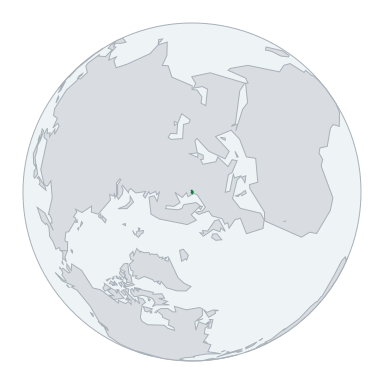 Taurages on an orthographic globe, rotated 235°
{"feature_id": "LTU-1073", "entity_name": "Taurages", "entity_type": "County", "adm_level": 1, "iso_a3": "LTU", "parent_name": "Lithuania", "parent_adm1": "", "projection": "orthographic", "projection_center": [22.565, 55.372], "detail": "fine", "context": "on_globe", "style": "filled", "palette": "green", "viewbox_px": 384, "rotation_deg": 235, "n_neighbors": 0, "source": "natural_earth", "source_scale": "10m", "svg_char_len": 11230}
<svg xmlns="http://www.w3.org/2000/svg" viewBox="0 0 384 384"><g transform="rotate(235 192 192)"><circle cx="192" cy="192" r="169" fill="#eef3f6" stroke="#a8b0b8"/><path d="M72.4,72.7L94.7,54.5L80.7,64.9L88.1,58.8L91.2,56.4L90.3,57.2L100.7,50.6L108.7,45.9L121.8,41.0L131.1,42.5L126.3,44.0L129.1,44.5L135.3,42.7L138.6,41.5L156.6,43.1L177.3,41.6L183.4,38.6L182.4,41.5L193.6,34.7L204.6,33.7L192.5,36.4L191.4,38.0L198.9,37.9L199.5,39.6L203.4,40.6L203.4,42.7L196.3,44.5L196.2,46.0L201.5,45.9L204.9,48.2L197.1,48.1L202.1,52.2L191.2,56.6L170.3,55.7L164.4,61.0L143.3,68.0L145.4,69.6L138.7,73.6L138.7,77.1L134.8,77.7L138.1,79.9L141.7,78.7L144.3,79.4L144.7,81.4L139.7,82.4L138.9,81.6L137.6,83.0L135.0,82.7L136.4,83.9L130.4,85.1L136.8,87.0L132.3,90.5L128.2,90.5L128.2,86.5L118.7,77.6L114.5,76.9L108.7,79.6L98.7,92.9L94.3,94.0L88.6,98.3L91.2,99.4L96.6,96.4L100.0,99.8L106.1,96.0L108.4,97.0L114.9,95.0L114.3,99.7L110.3,105.4L104.9,107.4L103.0,110.1L108.5,112.0L98.8,119.7L93.0,131.9L90.5,133.6L84.8,129.6L83.9,119.8L76.6,115.9L81.8,123.1L75.3,127.6L74.4,130.5L75.0,133.0L77.6,133.2L75.5,135.9L69.6,129.5L71.4,127.0L73.3,128.9L72.8,124.5L68.8,120.7L65.8,123.6L62.9,115.8L60.8,117.9L58.9,117.6L62.6,114.7L56.0,119.9L52.1,113.4L43.0,122.9L51.4,110.3L54.2,104.4L56.7,98.4L55.2,99.8L60.6,90.7L62.0,86.2L57.4,90.2L51.4,98.3L45.9,107.5L46.6,107.2L44.0,113.3L40.8,116.7L35.3,129.8L32.9,135.1L32.7,135.6L37.3,124.0L42.8,112.8L49.0,101.9L56.1,91.6L63.9,81.9L72.4,72.7ZM30.0,144.2L29.1,147.1L27.2,155.1L27.6,155.8L27.5,161.1L25.6,166.7L27.0,165.8L25.9,172.6L26.8,187.4L26.2,187.5L26.7,206.7L30.1,223.5L30.9,230.8L30.2,231.7L32.1,237.2L32.1,239.0L42.3,260.8L49.7,274.9L51.0,280.4L47.7,278.9L49.4,282.6L43.3,272.2L37.9,261.3L33.4,250.1L29.6,238.7L26.7,226.9L24.6,215.0L23.4,203.0L23.0,190.9L23.6,178.9L24.9,166.9L27.1,155.0L27.8,152.5L28.8,148.2L30.0,144.2ZM40.7,125.2L34.6,143.4L35.7,136.0L35.9,136.7L37.9,131.4L40.9,123.2L42.5,117.3L40.7,125.2ZM43.4,126.6L44.2,123.9L43.7,126.2L43.4,126.6ZM140.1,40.8L135.3,42.6L129.5,43.7L133.4,41.9L140.1,40.8ZM151.2,39.7L149.1,40.8L146.2,39.7L148.3,39.4L151.2,39.7ZM187.6,36.4L183.6,36.7L187.3,35.8L187.6,36.4ZM204.0,40.4L205.0,39.8L206.6,40.7L204.0,40.4ZM114.7,92.6L114.8,93.8L113.5,93.5L114.7,92.6ZM117.5,90.7L116.0,89.6L117.1,88.5L118.0,89.3L117.5,90.7ZM208.1,44.7L210.4,46.3L206.8,45.0L208.1,44.7ZM119.0,92.4L119.2,86.9L121.2,85.1L126.1,86.4L119.0,92.4ZM211.0,47.5L216.8,51.7L219.4,50.7L215.3,56.3L211.7,50.7L206.8,49.0L210.3,48.9L211.0,47.5ZM142.7,77.5L138.9,78.9L141.8,75.9L142.7,77.5ZM143.9,75.5L149.0,66.1L154.7,65.4L151.8,68.5L159.1,66.3L159.4,70.5L155.5,72.7L151.7,72.3L154.7,74.2L143.9,75.5ZM212.1,58.9L212.4,60.3L210.7,59.2L212.1,58.9ZM145.6,79.5L146.1,77.5L151.2,76.7L151.1,80.4L149.5,79.5L145.6,79.5ZM160.8,63.7L164.5,63.9L165.8,67.3L167.4,67.8L159.9,70.5L160.8,63.7ZM148.5,80.7L150.9,82.4L148.8,84.6L145.5,81.3L148.5,80.7ZM152.5,75.0L154.9,74.8L153.5,76.1L152.5,75.0ZM142.7,94.0L143.2,91.5L145.9,90.8L142.7,94.0ZM151.9,82.8L152.6,82.0L153.7,81.6L154.8,83.1L151.9,82.8ZM161.3,72.8L161.1,74.3L164.5,71.9L165.6,74.5L160.3,75.9L163.0,76.4L163.4,77.2L158.7,77.5L161.3,72.8ZM159.3,83.3L153.0,86.2L151.5,90.8L149.1,91.5L151.9,84.0L159.3,83.3ZM159.4,79.8L158.8,82.1L156.1,81.7L154.8,79.9L159.4,79.8ZM168.2,75.8L167.8,71.5L169.0,71.3L168.2,75.8ZM159.4,84.7L160.9,83.9L159.6,85.0L159.4,84.7ZM166.1,78.6L165.8,77.0L167.1,76.9L166.1,78.6ZM164.1,83.9L162.1,84.8L161.2,83.6L164.1,83.9ZM165.4,81.5L167.3,81.7L162.1,82.6L165.1,80.8L165.4,81.5ZM167.3,78.7L168.0,78.2L167.3,79.4L167.3,78.7ZM168.7,88.2L162.3,89.5L160.3,86.7L166.8,85.8L168.7,88.2ZM97.5,294.6L86.5,270.3L91.6,265.3L92.2,255.7L126.6,235.0L134.2,239.9L161.7,241.4L165.1,243.3L162.3,251.5L183.1,263.5L189.5,256.7L208.0,261.3L220.2,259.5L223.9,243.1L204.0,245.8L200.2,238.1L215.8,229.1L233.2,226.7L232.2,223.7L221.0,218.8L224.7,211.9L217.1,216.5L220.4,219.3L215.7,222.3L212.4,220.0L213.8,217.6L208.5,216.8L203.1,229.0L205.9,233.2L192.1,236.1L195.4,243.4L191.8,246.9L184.9,235.9L185.3,231.7L172.7,219.0L171.0,223.5L182.8,236.0L179.2,235.0L177.0,241.8L175.9,235.8L163.4,221.4L150.9,222.2L135.3,236.0L127.9,235.1L121.4,229.3L126.6,212.7L142.7,216.6L144.7,211.3L141.1,201.6L146.3,203.7L146.8,200.4L152.8,201.4L160.9,194.7L166.9,194.8L169.8,184.6L173.3,183.4L170.6,189.7L172.0,194.3L187.0,194.7L189.8,192.5L190.4,186.0L194.5,187.1L193.2,180.8L201.6,177.8L190.2,176.2L190.6,169.0L195.5,163.3L193.6,160.8L185.6,170.1L184.3,174.1L186.4,178.0L181.0,189.3L175.9,190.9L173.8,178.3L166.4,179.4L168.0,169.5L188.6,149.8L197.3,145.7L212.5,153.9L210.7,158.7L204.3,158.1L210.6,165.2L209.9,161.4L213.3,162.5L214.5,156.3L217.0,156.8L214.0,150.1L217.2,150.0L219.0,154.2L223.5,145.4L230.0,143.7L229.8,141.5L227.8,139.6L237.3,139.0L236.8,137.4L233.5,137.0L230.2,133.6L228.3,127.6L231.7,127.7L232.8,129.9L240.4,134.9L243.0,140.9L244.2,140.4L242.7,135.2L233.5,129.1L231.4,125.5L236.0,127.7L234.2,126.6L234.2,124.8L237.3,123.3L232.3,120.6L227.6,102.4L233.3,98.0L238.0,101.7L238.3,90.1L244.7,86.7L241.6,86.2L239.7,80.7L237.6,81.7L236.0,81.1L230.2,68.3L231.4,65.6L225.4,60.2L223.8,60.0L222.6,61.6L215.3,56.3L219.4,50.7L222.8,51.3L223.1,47.7L230.8,49.7L237.2,49.9L245.4,54.7L249.8,54.8L249.4,53.4L255.1,52.6L268.2,56.4L259.3,59.4L240.0,56.4L248.1,57.9L246.8,59.5L250.0,61.4L255.6,62.5L255.9,61.4L267.6,74.3L282.1,82.8L279.8,76.8L282.7,75.1L297.2,81.0L317.5,103.0L321.5,102.1L324.6,104.5L327.3,110.2L322.9,106.9L322.0,109.7L319.1,107.2L322.1,115.7L318.0,112.5L322.3,121.0L325.3,121.4L324.2,114.8L329.6,124.0L333.9,122.4L339.0,127.2L347.5,147.4L349.2,161.0L350.3,163.4L348.6,165.6L349.9,174.8L356.1,177.3L357.2,180.6L357.7,195.4L357.0,193.3L352.5,198.9L354.3,208.3L357.8,205.8L359.1,210.0L357.6,214.3L355.9,211.0L354.3,212.8L352.8,205.5L347.8,199.4L346.1,207.6L344.4,203.3L337.3,201.1L333.8,212.7L329.4,237.0L331.9,248.6L329.0,257.7L318.2,249.7L312.7,240.2L309.1,244.9L297.6,241.4L278.9,253.1L275.9,250.9L272.5,254.6L264.3,254.7L259.6,250.4L254.8,252.8L267.4,263.7L272.4,261.0L276.2,252.8L278.8,257.3L286.6,257.9L279.2,275.3L250.9,297.7L247.6,289.3L223.2,266.8L223.6,263.3L223.5,262.9L223.1,262.3L221.5,268.2L217.1,263.0L230.7,280.9L233.2,288.7L250.5,298.4L249.0,300.3L254.4,301.3L271.0,291.4L271.2,294.4L263.7,310.4L240.2,332.6L243.1,339.9L240.9,346.0L225.7,352.4L226.4,354.9L218.5,357.0L217.6,358.1L210.9,359.6L199.9,360.8L181.8,360.6L181.1,360.4L172.7,358.5L161.3,350.3L166.3,346.3L164.9,342.0L151.8,328.9L154.7,322.2L151.1,318.4L143.7,317.7L139.4,312.8L134.9,311.5L106.4,304.1L97.5,294.6ZM115.2,249.8L114.4,252.7L115.2,249.8ZM252.0,231.9L262.0,228.5L256.6,219.9L259.9,218.0L256.8,215.8L256.1,219.3L248.4,213.0L252.3,208.1L250.6,203.9L247.2,204.9L241.1,214.9L252.2,223.8L250.3,228.9L252.0,231.9ZM26.8,187.8L26.7,190.6L26.4,188.3L26.8,187.8ZM34.6,136.9L33.9,140.0L33.1,142.4L33.4,140.3L34.6,136.9ZM31.8,162.3L31.6,166.2L31.3,163.0L31.8,162.3ZM33.9,146.2L31.9,159.3L31.3,153.8L32.8,145.7L32.5,150.0L33.9,146.2ZM41.2,128.0L40.4,130.2L39.8,130.5L41.2,128.0ZM43.0,128.4L43.1,127.7L44.0,126.1L43.0,128.4ZM75.7,128.0L76.1,128.6L76.1,131.5L74.9,130.7L75.7,128.0ZM83.2,141.8L79.7,145.9L81.4,142.3L79.1,141.7L79.8,133.8L89.3,134.0L84.8,135.2L83.2,141.8ZM83.5,123.6L81.9,128.4L83.2,123.1L83.5,123.6ZM143.5,182.0L145.7,184.8L143.5,188.4L135.8,189.0L138.8,183.7L143.5,182.0ZM149.2,188.1L149.3,175.9L154.0,175.3L151.4,177.7L154.5,178.5L151.0,182.5L155.5,194.2L153.9,198.2L140.6,196.7L145.9,194.9L143.4,192.1L149.2,188.1ZM141.0,148.4L141.1,143.8L151.3,148.3L150.1,152.1L142.3,152.7L139.3,148.6L141.0,148.4ZM127.8,96.1L127.2,94.6L128.5,94.2L130.2,95.2L127.8,96.1ZM142.7,92.9L132.0,102.7L130.7,101.3L125.9,109.0L120.7,108.6L124.0,103.5L116.4,109.2L117.3,104.4L112.5,108.7L120.3,97.6L120.8,93.8L122.3,98.1L127.0,98.6L129.2,97.6L135.8,92.3L139.2,84.7L144.5,84.1L147.3,85.8L147.3,87.6L143.9,87.3L146.3,89.8L141.4,90.8L142.7,92.9ZM177.3,109.5L173.3,107.8L177.4,114.4L172.5,114.9L173.3,115.6L169.8,117.9L167.0,122.1L164.7,121.6L164.6,123.5L162.4,125.1L161.4,127.6L157.0,127.7L155.5,130.7L154.3,129.1L152.9,134.3L151.9,130.6L148.9,132.6L151.5,135.2L129.8,131.4L121.5,133.3L115.1,137.0L114.3,130.4L119.8,122.8L128.3,116.1L136.4,115.4L134.6,112.7L137.9,111.7L138.0,114.2L139.9,109.7L142.7,109.5L150.2,104.4L151.3,98.2L154.1,96.3L155.1,98.7L157.2,95.1L160.9,98.4L163.0,97.2L168.8,99.3L169.4,104.9L171.7,103.1L176.2,104.8L177.3,109.5ZM170.3,88.9L172.2,95.1L170.4,98.5L161.1,93.4L158.7,94.1L152.7,91.2L155.4,86.4L156.8,87.7L158.9,87.8L157.2,89.2L160.1,88.1L162.2,89.8L165.0,89.5L164.9,91.6L170.3,88.9ZM168.9,240.4L171.6,241.1L175.7,241.0L174.4,245.4L168.9,240.4ZM160.3,230.8L162.6,230.5L162.8,236.4L160.0,235.9L160.3,230.8ZM163.8,225.5L162.8,230.0L161.7,227.3L163.8,225.5ZM172.8,189.2L175.3,188.6L175.6,190.1L174.3,192.4L172.8,189.2ZM188.3,130.1L186.4,128.3L187.1,127.4L185.6,122.0L189.2,121.3L191.4,124.4L188.3,130.1ZM220.6,246.5L217.2,250.1L215.3,248.9L216.8,247.9L220.6,246.5ZM194.7,248.8L200.7,250.6L194.3,250.0L194.7,248.8ZM192.0,128.5L190.9,126.3L193.3,127.4L192.0,128.5ZM191.7,120.6L194.5,121.4L189.4,120.6L191.7,120.6ZM268.3,335.8L255.6,347.2L248.1,349.8L247.3,348.6L252.5,342.7L261.5,338.0L266.1,333.6L268.3,335.8ZM358.8,219.2L357.6,223.6L352.6,223.9L354.5,219.2L359.0,212.9L358.8,215.2L359.6,212.7L359.3,215.6L358.8,219.2ZM360.7,201.8L360.6,200.1L360.6,195.7L360.8,192.3L359.2,169.4L359.1,167.0L360.1,174.8L360.9,188.3L360.7,201.8ZM332.5,249.1L336.0,252.2L334.2,255.7L332.5,249.1ZM356.8,157.5L358.6,167.0L356.4,156.6L356.8,157.5ZM354.5,149.4L355.2,151.2L354.8,151.4L354.5,149.4ZM351.9,166.4L351.8,170.5L351.0,169.2L350.6,163.1L351.9,166.4ZM342.9,131.5L346.0,135.6L347.1,137.7L345.5,136.9L342.9,131.5ZM220.7,121.9L218.8,130.0L219.8,135.9L224.0,139.0L217.2,138.3L215.7,129.2L220.7,121.9ZM226.4,104.7L222.7,102.3L224.8,101.3L226.0,101.7L226.4,104.7ZM223.9,104.8L218.4,105.9L216.6,103.2L221.3,102.8L223.9,104.8ZM205.2,116.9L204.4,119.3L202.5,118.3L205.2,116.9ZM356.3,152.5L357.4,157.6L354.3,145.3L354.5,145.7L356.3,152.5ZM355.0,147.8L356.1,152.4L354.4,146.1L355.0,147.8ZM355.9,152.2L355.2,150.2L354.7,147.8L355.9,152.2ZM354.5,146.1L352.9,141.4L353.4,142.4L354.5,146.1ZM353.1,146.1L353.6,144.1L354.4,150.1L350.6,142.8L350.0,139.4L353.1,146.1ZM325.2,99.2L323.2,98.2L321.6,94.9L323.4,96.5L325.2,99.2ZM314.3,83.9L320.5,93.7L325.1,102.0L325.4,100.8L329.6,105.5L327.2,105.6L321.3,97.5L318.5,91.8L314.6,88.6L310.4,83.2L306.0,81.1L303.1,78.3L306.2,78.6L314.3,83.9ZM304.2,80.4L295.1,75.7L293.5,71.1L295.2,71.1L300.1,75.1L300.6,77.3L304.2,80.4ZM292.4,73.2L292.8,75.4L280.2,74.6L277.2,73.4L286.0,71.1L286.8,73.0L290.2,74.2L292.4,73.2ZM214.1,60.0L212.6,60.2L213.3,59.2L214.1,60.0ZM235.0,81.8L232.9,80.7L233.8,79.4L235.0,81.8ZM227.6,77.3L228.0,79.5L226.2,77.1L227.6,77.3ZM229.2,84.6L227.5,80.4L231.1,84.5L229.2,84.6Z" fill="#d9dde1" stroke="#a8b0b8" stroke-width="1"/><path d="M192.0,192.9L191.8,192.9L191.5,192.9L191.5,192.7L191.4,192.6L191.2,192.6L191.1,192.4L190.9,192.3L190.9,192.2L191.0,192.1L191.1,191.9L190.9,191.8L190.8,191.7L190.7,191.4L190.8,191.4L191.0,191.3L191.2,191.2L191.3,191.1L191.5,191.1L191.8,191.1L191.9,191.3L192.0,191.4L192.1,191.5L192.2,191.8L192.3,191.8L192.4,192.0L192.5,192.1L192.8,192.2L192.8,192.3L192.7,192.3L192.8,192.3L193.0,192.3L193.3,192.4L193.5,192.4L193.5,192.5L193.4,192.8L192.7,192.8L192.4,192.8L192.1,192.9L192.0,192.9Z" fill="#22c55e" stroke="#15803d" stroke-width="1.5"/></g></svg>